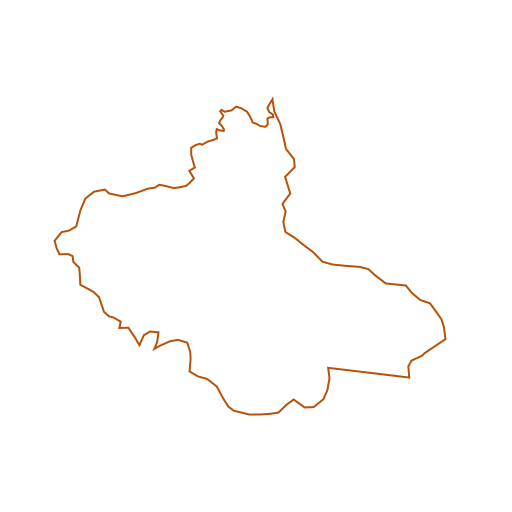 outline of Vasa Kellakiou, Limassol, Cyprus, rotated 280°
{"feature_id": "46923920B10749704770194", "entity_name": "Vasa Kellakiou", "entity_type": "district", "adm_level": 2, "iso_a3": "CYP", "parent_name": "Cyprus", "parent_adm1": "Limassol", "projection": "albers", "projection_center": [33.23, 34.801], "detail": "fine", "context": "isolated", "style": "outline", "palette": "amber", "viewbox_px": 512, "rotation_deg": 280, "n_neighbors": 0, "source": "geoboundaries", "source_scale": "gbopen_adm2", "svg_char_len": 1970}
<svg xmlns="http://www.w3.org/2000/svg" viewBox="0 0 512 512"><g transform="rotate(280 256 256)"><path d="M223.5,62.2L225.3,70.7L224.1,75.4L218.5,77.1L213.8,83.9L206.8,85.8L197.1,88.0L194.2,97.1L192.2,102.5L188.0,108.7L174.6,116.0L171.1,121.6L170.7,126.3L167.8,134.2L161.4,133.9L163.2,142.8L154.3,151.3L147.9,156.7L158.5,159.3L163.2,164.7L163.9,173.2L154.0,173.6L146.8,172.0L150.7,176.7L157.1,186.1L159.9,193.9L158.7,203.3L150.3,207.8L143.9,209.4L130.8,210.6L127.3,219.8L126.4,229.2L120.7,240.0L109.7,248.7L102.9,254.9L99.8,261.0L98.7,277.0L100.8,288.3L102.9,297.0L105.7,305.3L115.1,312.1L121.2,318.0L115.3,330.2L117.2,339.0L126.6,347.2L136.2,349.6L148.4,349.6L157.8,346.7L158.4,346.5L162.9,428.0L173.8,425.2L180.0,427.3L186.6,436.8L189.7,439.0L207.0,457.0L218.5,453.5L226.0,449.5L234.2,441.2L234.5,440.9L239.6,435.6L241.2,425.4L246.6,416.0L253.0,408.7L252.2,398.1L251.5,388.5L257.6,376.7L262.6,368.9L263.3,360.2L261.9,346.3L260.9,332.9L261.9,322.5L269.8,311.4L275.0,301.1L280.4,291.4L284.8,280.8L294.2,277.0L305.0,277.5L311.8,273.0L323.5,278.9L339.0,270.9L350.3,278.7L358.0,276.6L366.7,266.9L377.7,262.4L390.1,257.0L401.8,248.8L410.5,245.9L413.3,245.0L408.6,243.2L403.7,241.5L400.0,244.0L398.4,247.9L395.7,249.0L394.9,245.3L393.4,243.4L387.5,244.8L384.9,242.9L384.7,237.8L386.2,233.8L386.8,229.7L392.8,225.5L396.5,222.1L398.9,216.1L399.7,210.5L395.2,206.7L392.6,200.1L393.9,196.6L392.4,195.6L388.5,199.4L386.5,199.0L383.3,197.2L380.5,196.5L377.8,200.1L374.9,202.6L373.6,202.5L373.4,198.9L374.1,195.4L371.2,195.2L365.0,197.1L363.0,193.9L360.1,188.4L356.2,183.5L356.8,181.1L354.5,177.0L351.3,173.4L350.1,173.6L344.2,174.7L336.5,178.4L332.6,180.4L328.4,175.5L321.6,181.4L315.9,177.5L312.9,174.9L310.1,168.1L308.6,162.9L309.3,154.3L309.3,148.2L305.9,144.8L303.5,137.7L297.0,126.5L291.6,114.3L292.1,100.4L295.2,95.7L291.2,85.3L283.0,78.0L270.8,75.2L253.9,73.8L248.7,67.7L245.8,60.5L236.0,55.0L228.9,58.4L223.5,62.2Z" fill="none" stroke="#b45309" stroke-width="2"/></g></svg>